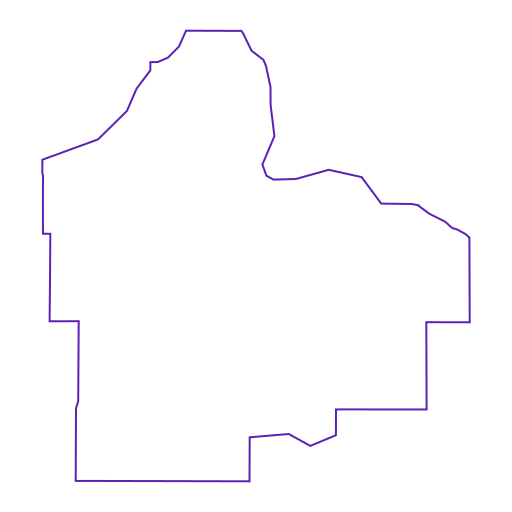 outline of Dakota, Minnesota, United States of America
{"feature_id": "52423323B20975718145591", "entity_name": "Dakota", "entity_type": "district", "adm_level": 2, "iso_a3": "USA", "parent_name": "United States of America", "parent_adm1": "Minnesota", "projection": "albers", "projection_center": [-93.038, 44.696], "detail": "fine", "context": "isolated", "style": "outline", "palette": "violet", "viewbox_px": 512, "rotation_deg": 0, "n_neighbors": 0, "source": "geoboundaries", "source_scale": "gbopen_adm2", "svg_char_len": 773}
<svg xmlns="http://www.w3.org/2000/svg" viewBox="0 0 512 512"><path d="M249.5,481.3L249.7,437.3L288.7,434.0L310.3,445.9L335.9,435.2L336.0,409.4L426.6,409.5L426.3,322.2L469.7,322.3L469.4,237.6L465.6,234.1L456.4,229.1L453.5,228.5L451.5,227.4L445.0,221.6L429.4,213.8L419.0,206.1L418.8,205.4L411.7,204.0L381.2,203.6L361.6,177.1L328.7,169.8L295.8,179.0L273.5,179.6L266.4,175.7L262.4,164.5L274.4,136.2L270.6,104.9L270.5,87.0L266.0,66.0L263.4,59.8L251.5,50.7L243.0,33.1L241.4,30.9L186.0,30.7L179.0,46.5L168.0,57.6L157.8,62.0L150.4,62.2L150.3,70.4L136.6,88.6L126.9,111.0L98.0,139.4L42.4,159.7L42.3,172.5L43.0,175.6L42.9,204.7L43.0,233.7L50.3,233.8L50.1,270.2L49.6,321.3L78.7,321.2L78.2,401.2L76.0,408.5L75.7,480.9L249.5,481.3Z" fill="none" stroke="#5b21b6" stroke-width="2"/></svg>